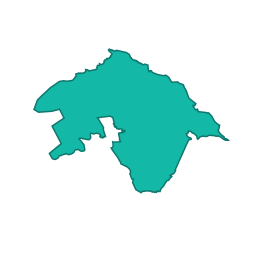 the district of Aknīstes pag., Aknistes, Latvia, rotated 32°
{"feature_id": "27541924B26802914642093", "entity_name": "Aknīstes pag.", "entity_type": "district", "adm_level": 2, "iso_a3": "LVA", "parent_name": "Latvia", "parent_adm1": "Aknistes", "projection": "robinson", "projection_center": [25.758, 56.171], "detail": "fine", "context": "isolated", "style": "filled", "palette": "teal", "viewbox_px": 256, "rotation_deg": 32, "n_neighbors": 0, "source": "geoboundaries", "source_scale": "gbopen_adm2", "svg_char_len": 5491}
<svg xmlns="http://www.w3.org/2000/svg" viewBox="0 0 256 256"><g transform="rotate(32 128 128)"><path d="M38.5,162.1L43.8,162.0L54.5,154.2L60.0,148.4L68.5,153.5L62.6,166.6L79.7,176.6L74.8,191.2L79.4,193.8L80.2,194.0L81.7,193.8L82.9,193.2L84.3,191.2L84.6,189.6L84.3,188.3L84.5,187.9L85.7,187.0L86.4,185.8L87.9,184.0L88.4,183.7L88.9,182.5L89.1,182.4L91.4,182.2L92.8,181.2L94.2,179.3L95.0,177.3L94.7,175.4L94.9,174.4L97.4,172.5L99.9,172.7L100.4,172.5L101.8,171.7L102.2,171.4L102.9,170.4L103.0,170.1L102.9,169.3L101.0,167.3L99.6,165.6L94.6,163.8L92.4,163.3L92.2,163.1L92.4,162.5L94.2,161.1L95.6,161.1L96.9,160.3L99.0,159.6L101.2,158.6L101.7,156.9L101.4,155.8L100.6,154.7L99.5,153.5L99.2,152.4L99.2,152.1L102.2,151.2L103.5,149.6L105.5,148.4L106.7,148.3L107.9,148.4L108.6,148.6L108.8,148.8L108.6,149.0L108.5,149.3L108.6,149.7L108.4,149.7L108.4,149.8L108.7,149.9L108.8,150.1L109.2,150.1L109.2,150.3L109.6,150.3L109.9,150.4L110.4,150.2L110.5,149.9L111.0,149.9L111.3,150.0L111.5,149.9L111.6,149.7L112.0,149.5L112.0,149.2L111.8,149.1L111.7,149.0L111.8,148.8L112.0,148.8L112.4,148.6L112.2,148.2L112.8,147.7L113.0,147.3L113.4,147.1L108.5,143.0L108.3,142.9L107.2,141.2L107.2,140.9L107.0,140.6L98.0,136.0L97.5,135.7L96.7,135.5L98.0,134.5L98.6,133.9L106.7,127.3L107.0,127.4L109.3,127.2L110.0,127.5L113.1,130.7L114.0,131.4L114.1,131.5L113.9,131.7L113.5,132.1L113.8,132.3L114.3,132.5L114.6,132.8L115.3,132.7L115.4,132.9L115.1,133.0L115.4,133.3L115.5,133.6L116.0,134.1L117.3,133.8L117.4,133.7L117.2,133.3L117.4,133.3L117.7,133.3L118.0,133.6L118.1,134.0L118.9,134.5L120.8,133.6L121.0,133.8L121.2,133.7L121.7,133.1L121.7,132.9L121.8,132.7L123.7,132.3L124.2,132.9L124.6,133.1L124.9,133.1L125.3,133.0L125.8,132.6L125.7,132.2L125.8,132.0L126.1,131.9L126.7,131.8L127.1,132.9L124.6,133.9L126.0,134.7L123.9,136.2L122.8,137.5L124.7,139.6L124.9,139.6L126.7,141.7L127.0,142.1L127.0,142.3L127.0,142.6L128.8,143.1L128.9,143.4L128.0,144.4L127.0,145.1L123.1,147.7L122.4,147.8L123.7,149.4L125.0,151.3L125.3,152.5L125.2,152.8L125.1,153.0L124.3,153.8L126.7,155.1L133.9,158.0L135.5,158.7L138.2,160.3L139.7,160.9L141.2,162.2L148.1,161.4L151.8,162.3L153.1,163.3L153.1,163.7L153.8,164.6L153.7,165.1L154.3,166.4L154.9,166.4L155.8,167.3L158.2,169.2L159.0,169.2L159.2,168.9L159.3,168.8L159.4,168.6L159.7,168.5L160.8,171.8L167.3,176.1L173.4,175.9L173.8,174.1L174.0,173.8L174.7,173.6L176.4,172.0L176.7,171.9L176.8,171.5L178.4,170.7L178.6,170.7L178.9,170.5L180.6,169.6L181.2,169.1L181.5,169.2L181.8,169.0L182.2,169.3L182.3,169.5L182.5,169.4L183.0,169.1L183.7,168.8L184.8,168.1L185.0,168.2L185.2,167.8L185.5,167.7L185.2,167.6L185.5,167.3L185.7,166.9L186.1,166.6L186.5,166.3L186.7,166.0L186.6,165.9L186.8,165.8L187.2,165.8L187.5,165.6L187.7,165.2L187.8,165.2L188.0,165.4L188.3,165.1L188.8,164.9L188.2,162.2L188.4,160.8L188.9,158.4L188.9,156.3L188.8,156.2L188.9,154.0L188.8,152.1L188.9,151.9L189.4,151.6L190.2,150.7L190.1,149.2L190.9,145.9L190.7,145.8L188.9,146.1L189.1,145.0L190.2,143.8L190.7,142.8L190.9,142.3L191.0,141.5L190.9,138.8L190.2,138.5L189.1,130.4L188.6,127.8L188.7,127.7L186.1,109.1L185.8,105.4L186.4,105.3L187.5,104.3L187.5,103.8L187.3,103.5L186.1,103.3L185.0,103.7L183.3,103.7L181.8,103.2L181.2,102.1L180.6,102.0L181.6,100.3L180.9,98.6L183.5,97.6L185.3,98.2L186.2,97.6L190.4,98.3L192.4,100.3L193.2,100.5L193.6,99.2L193.7,98.0L193.9,97.3L195.4,95.5L197.2,94.5L199.3,93.5L200.6,91.2L205.0,88.9L207.0,88.3L209.8,86.5L215.2,86.9L217.1,86.7L219.4,85.4L219.6,85.2L217.9,85.0L215.4,85.6L214.1,84.6L210.9,84.3L208.8,83.8L206.1,82.7L205.0,79.1L204.2,77.1L203.0,77.3L198.4,76.7L194.4,74.6L192.8,73.6L189.4,72.7L188.6,72.4L188.1,72.8L187.7,72.8L187.4,73.3L186.0,73.5L179.2,76.8L178.9,76.9L176.9,75.2L176.1,76.4L176.0,76.8L175.4,76.7L172.4,75.4L171.2,74.4L172.8,73.6L172.7,71.5L163.8,70.4L162.3,69.3L159.5,67.0L157.8,65.7L153.2,63.1L153.3,63.0L152.0,62.0L148.0,62.9L145.7,62.6L141.4,65.7L141.0,65.7L139.8,65.6L135.7,63.4L132.0,63.2L130.2,65.0L124.7,67.0L119.1,68.0L117.6,67.1L116.4,67.6L116.0,69.1L114.2,67.7L111.5,64.1L110.4,64.5L110.1,64.5L108.6,64.9L108.3,65.0L107.9,65.6L107.6,66.2L107.2,66.4L106.5,66.4L106.3,66.3L106.0,66.4L105.5,66.3L105.2,66.5L104.9,66.5L104.6,66.4L104.3,66.6L103.9,66.5L103.7,66.8L103.5,66.7L102.8,67.0L102.4,66.8L101.9,66.9L101.8,66.7L101.4,66.9L101.3,66.6L101.2,66.5L100.6,66.5L99.9,66.6L99.7,66.4L99.3,66.5L99.1,66.5L98.9,66.6L98.5,66.9L98.5,67.0L98.4,67.1L98.1,67.2L97.7,66.9L97.3,67.2L97.1,67.1L96.8,67.3L96.4,67.4L95.5,67.5L94.6,67.3L94.0,67.1L93.5,66.7L93.0,66.8L92.2,66.5L91.7,66.0L90.0,64.9L86.5,64.9L77.1,68.2L76.1,69.8L72.6,70.4L72.5,70.7L72.6,70.8L72.3,70.9L70.6,70.9L70.2,71.2L70.2,72.3L70.3,72.4L70.5,72.5L70.8,72.7L74.9,73.4L75.3,73.8L75.1,76.2L75.5,76.6L75.8,77.0L75.6,77.3L75.1,77.6L75.3,78.3L75.3,78.5L74.3,79.4L74.2,79.6L74.3,79.9L74.2,80.1L73.9,80.1L73.5,80.1L73.2,80.3L73.6,80.8L73.6,81.0L72.4,82.6L72.1,83.6L72.3,84.0L72.7,84.2L73.1,86.5L71.7,88.4L71.2,88.5L70.0,88.6L70.4,88.9L70.5,89.3L70.8,89.2L70.8,89.5L70.6,89.5L70.4,90.0L69.9,90.3L69.4,90.6L69.3,90.9L69.0,91.2L69.5,93.3L70.0,93.4L70.2,93.5L70.5,94.4L70.5,94.6L64.6,100.4L63.5,100.1L63.0,100.1L61.1,100.9L61.9,101.7L62.3,102.2L61.8,103.7L61.0,105.2L60.7,105.4L59.7,106.0L59.3,106.5L58.8,106.5L58.6,106.6L58.1,107.4L57.9,107.4L57.2,107.4L56.8,107.8L56.6,108.3L55.2,109.7L55.2,109.9L55.4,110.1L56.0,110.8L56.5,111.5L56.2,112.8L56.3,113.3L55.9,116.3L55.4,117.3L51.6,120.6L48.3,122.1L45.2,124.9L40.8,135.0L39.9,138.5L39.6,139.8L37.9,145.7L36.5,151.9L36.4,152.4L38.5,162.1Z" fill="#14b8a6" stroke="#0f766e" stroke-width="1.5"/></g></svg>